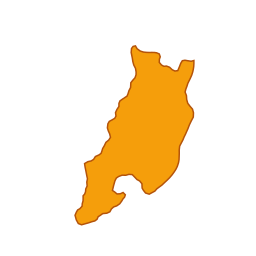 outline of Alpercata, Minas Gerais, Brazil, rotated 150°
{"feature_id": "56859067B994908166412", "entity_name": "Alpercata", "entity_type": "district", "adm_level": 2, "iso_a3": "BRA", "parent_name": "Brazil", "parent_adm1": "Minas Gerais", "projection": "natural_earth1", "projection_center": [-42.012, -18.997], "detail": "fine", "context": "isolated", "style": "filled", "palette": "amber", "viewbox_px": 256, "rotation_deg": 150, "n_neighbors": 0, "source": "geoboundaries", "source_scale": "gbopen_adm2", "svg_char_len": 2133}
<svg xmlns="http://www.w3.org/2000/svg" viewBox="0 0 256 256"><g transform="rotate(150 128 128)"><path d="M218.8,70.1L216.6,67.4L213.4,66.6L209.6,65.6L206.1,64.9L203.2,64.1L200.5,64.4L198.2,66.1L195.7,66.2L192.7,66.5L188.9,64.8L185.6,64.5L182.8,66.2L179.9,66.8L176.7,66.2L173.1,66.5L170.1,67.8L167.8,69.1L165.6,69.8L163.7,71.5L164.5,74.6L167.6,74.9L170.5,76.4L171.5,79.2L172.7,81.7L169.2,85.4L165.7,88.8L163.1,90.5L160.4,90.7L156.7,90.1L153.6,88.2L150.4,87.4L147.6,85.5L146.8,82.3L146.0,78.9L144.4,76.3L143.8,72.8L145.8,68.9L145.8,66.2L145.3,62.9L142.7,60.1L139.3,60.0L136.3,59.9L133.5,60.9L130.2,61.3L127.2,61.6L123.5,62.5L120.4,63.2L117.0,64.1L113.5,65.3L110.1,66.8L107.0,68.4L104.5,70.1L101.6,72.7L99.6,75.1L98.1,77.5L96.3,80.4L94.6,83.4L92.3,86.5L89.3,88.4L86.3,90.3L84.0,92.1L81.3,93.9L79.0,95.6L76.5,97.4L73.3,100.0L69.5,102.6L66.0,104.8L63.7,108.4L62.7,112.1L63.4,115.7L63.9,119.5L62.9,123.4L61.2,126.8L60.6,130.6L58.3,132.9L56.2,134.6L53.8,136.8L51.4,138.4L49.3,139.8L46.4,141.9L43.9,144.2L42.0,146.3L40.4,148.3L38.7,150.9L37.2,153.5L39.9,154.2L41.9,155.8L44.8,158.2L47.3,159.1L49.9,157.7L53.0,155.2L56.2,152.8L58.9,153.9L60.6,156.4L61.6,159.8L63.7,162.4L66.1,163.5L67.5,165.8L68.1,169.2L66.4,171.9L64.5,173.5L63.9,176.5L65.6,178.8L67.5,180.3L69.9,181.7L72.2,183.0L74.4,184.4L76.6,186.0L78.9,188.5L80.5,192.1L80.5,195.4L82.8,196.1L85.2,195.1L87.5,191.8L88.4,189.1L89.3,186.4L90.6,183.1L91.5,179.7L91.7,175.9L93.0,172.4L94.4,170.1L96.8,168.0L99.9,167.0L102.9,165.8L105.5,161.8L108.6,159.8L110.8,157.7L112.9,156.1L118.0,155.8L121.4,155.5L123.5,153.9L125.1,151.2L128.3,149.6L131.1,147.6L132.5,144.3L134.7,143.0L137.8,143.0L140.9,143.1L143.3,141.7L145.8,138.4L146.5,135.3L146.8,132.2L147.8,128.7L150.7,127.2L154.3,126.6L157.5,124.4L160.2,122.9L162.1,121.1L164.0,119.5L166.4,119.2L170.5,119.6L173.5,118.0L176.4,117.9L179.5,118.9L183.4,118.9L184.7,115.6L186.1,111.4L187.6,107.1L188.5,104.3L190.7,101.8L192.4,98.2L195.1,96.3L196.6,94.1L198.5,92.5L200.8,91.7L202.1,89.4L203.4,87.3L205.4,85.4L206.9,83.2L210.0,82.2L212.6,82.2L214.7,81.0L217.5,78.9L218.7,74.3L218.8,70.1Z" fill="#f59e0b" stroke="#b45309" stroke-width="1.5"/></g></svg>